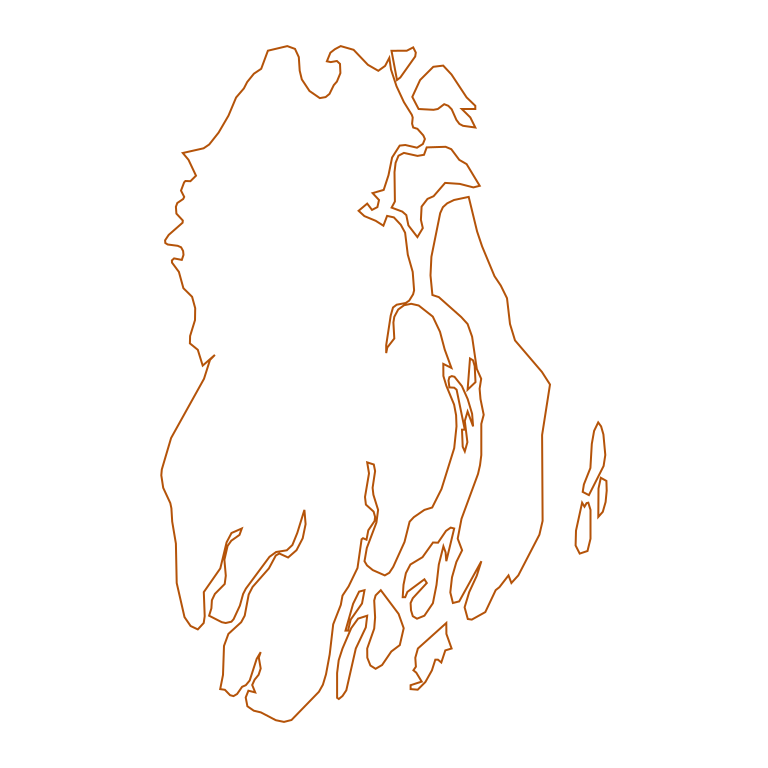 SVG path tracing the border of Barisal
{"feature_id": "BGD-2475", "entity_name": "Barisal", "entity_type": "Division", "adm_level": 1, "iso_a3": "BGD", "parent_name": "Bangladesh", "parent_adm1": "", "projection": "equal_earth", "projection_center": [90.394, 22.436], "detail": "fine", "context": "isolated", "style": "outline", "palette": "amber", "viewbox_px": 768, "rotation_deg": 0, "n_neighbors": 0, "source": "natural_earth", "source_scale": "10m", "svg_char_len": 6094}
<svg xmlns="http://www.w3.org/2000/svg" viewBox="0 0 768 768"><path d="M389.3,57.9L391.0,69.5L396.5,86.2L403.9,102.1L411.8,114.8L412.7,117.5L412.1,123.7L413.2,127.5L417.4,128.8L423.3,135.4L424.9,139.0L422.9,144.0L417.0,147.7L405.3,145.0L399.7,145.6L392.1,157.5L388.5,175.2L383.7,189.9L372.6,193.1L379.0,200.0L377.4,207.1L372.0,209.9L367.2,203.6L358.6,210.8L364.4,216.1L375.7,220.8L383.4,225.7L387.1,215.9L393.9,217.4L400.8,224.8L405.1,232.7L407.8,254.7L412.7,271.9L414.1,290.4L413.1,294.3L409.2,300.6L405.7,303.0L396.7,304.7L393.0,307.5L390.7,315.6L386.2,345.1L386.2,353.1L387.3,347.5L394.3,338.5L393.4,322.5L394.3,316.8L398.2,309.5L404.1,305.2L411.2,303.8L418.7,305.5L432.8,316.6L440.0,331.8L444.7,349.5L451.4,367.9L443.3,363.9L443.4,376.0L446.3,385.7L454.1,404.6L456.1,415.3L456.5,426.4L454.2,448.2L441.5,489.0L432.2,507.5L424.4,509.9L413.8,517.2L409.6,521.7L404.5,542.0L393.2,566.9L389.3,572.8L384.8,575.4L372.8,570.1L367.0,565.4L364.5,561.2L366.8,548.0L376.4,522.6L378.1,509.9L373.4,494.8L372.6,487.8L375.1,471.1L373.8,464.5L367.2,462.4L369.0,473.4L365.0,497.0L365.9,504.6L373.6,511.6L375.1,516.9L374.6,521.0L368.3,530.3L366.5,539.7L363.0,538.2L361.6,539.3L357.5,568.0L348.6,586.4L342.5,595.6L340.8,604.9L333.2,624.3L329.7,654.4L326.0,674.3L322.9,684.7L318.9,691.8L291.5,720.0L284.0,721.9L275.8,720.2L260.9,712.4L253.8,710.7L247.4,706.3L245.7,697.5L248.4,690.7L255.2,692.4L252.2,685.0L254.6,679.7L258.6,674.8L260.7,668.5L258.8,657.6L260.7,652.1L256.7,658.8L249.7,680.5L245.8,685.2L242.1,686.8L237.1,694.0L233.5,696.1L230.1,695.2L224.9,689.8L220.2,689.1L223.0,674.9L224.0,645.9L228.4,633.9L241.2,622.2L244.7,615.7L248.7,594.5L252.6,586.9L268.9,568.4L275.8,555.5L279.3,553.5L288.1,557.5L296.5,550.2L302.7,538.3L305.6,524.1L304.4,509.9L297.3,532.9L292.4,545.0L286.8,550.3L276.1,552.0L269.5,556.8L245.9,588.6L243.1,594.0L239.9,605.6L233.6,619.2L231.4,621.7L225.7,623.0L221.8,622.2L209.1,615.7L211.4,608.3L211.9,600.2L214.9,593.9L224.7,584.0L225.8,575.7L224.4,559.8L227.6,545.9L231.3,540.7L239.5,534.9L241.8,528.5L231.5,533.0L226.6,542.3L220.3,568.4L203.8,592.1L204.7,616.2L203.7,623.0L197.8,629.4L190.6,626.0L184.5,617.1L176.7,583.0L175.9,543.6L172.2,521.6L171.4,508.3L170.3,503.1L163.2,487.8L161.3,475.3L161.8,469.5L171.1,438.0L204.0,378.8L210.0,359.9L214.9,354.9L202.7,365.6L197.8,349.8L189.9,343.4L190.1,336.0L195.0,320.1L195.2,308.2L192.1,296.8L183.4,288.2L178.9,271.9L172.0,262.6L171.9,260.4L174.1,258.4L181.8,259.9L183.5,254.9L183.1,251.0L181.1,247.3L177.7,245.8L167.7,244.5L165.3,243.0L165.1,240.3L168.7,234.9L182.6,222.7L182.8,220.5L176.4,213.6L175.9,206.8L177.3,203.0L183.2,199.0L184.2,196.9L181.0,190.6L184.1,182.4L185.4,181.0L190.4,181.2L196.0,175.7L188.5,159.8L182.8,153.0L203.6,148.3L209.2,144.5L218.6,132.6L228.5,115.6L236.1,97.5L243.9,88.4L247.2,82.0L253.9,73.7L261.2,68.8L267.9,50.7L287.3,46.1L295.0,48.9L298.8,57.1L299.7,70.7L301.8,79.4L309.5,91.0L319.8,98.1L325.6,97.1L329.5,93.9L333.8,85.1L336.9,81.6L340.4,73.1L340.0,63.9L336.9,61.0L330.7,62.1L326.9,61.3L330.4,52.7L334.9,49.2L340.7,46.1L353.6,49.8L367.9,64.8L378.3,70.8L385.1,65.9L389.3,57.9ZM515.0,340.4L541.9,371.9L550.0,384.5L542.1,435.0L542.6,520.9L539.4,534.7L518.3,575.4L511.4,583.0L508.5,575.4L499.4,587.2L495.7,590.1L485.3,612.1L471.8,619.6L467.8,619.0L464.6,607.3L469.2,592.1L476.7,575.9L481.4,561.2L459.2,601.4L452.9,603.0L450.3,592.4L452.0,577.3L456.4,561.9L462.1,550.3L457.7,538.6L461.5,518.8L478.0,474.0L480.0,465.3L481.3,455.1L481.3,423.9L483.7,414.8L480.5,399.1L479.6,388.7L481.2,378.8L476.8,368.9L472.1,336.7L467.6,324.0L461.2,317.0L438.8,297.1L432.4,295.0L430.5,275.4L431.4,256.8L440.2,213.1L442.9,207.2L447.2,203.3L454.0,200.0L468.7,196.9L477.1,231.5L482.1,246.4L494.5,276.2L500.8,285.6L507.0,298.2L510.0,324.0L515.0,340.4ZM466.6,164.1L479.7,185.8L473.4,187.4L459.8,183.9L445.1,182.9L433.6,196.2L427.5,198.9L421.6,206.6L420.9,219.8L422.8,228.1L417.4,237.1L408.4,225.4L406.3,215.1L402.3,211.6L391.6,207.6L394.9,201.5L394.5,172.2L395.6,162.8L398.5,155.7L403.9,152.9L417.5,155.9L424.0,154.8L426.7,147.4L445.6,146.8L451.3,149.2L459.3,159.9L466.6,164.1ZM475.3,109.0L461.8,109.0L470.3,117.4L475.3,127.5L463.0,125.8L459.4,123.9L456.4,119.9L451.7,109.3L448.3,105.8L444.2,104.2L437.8,109.0L433.5,109.8L418.6,109.0L412.3,96.9L420.1,80.0L433.3,66.8L443.2,65.6L451.5,74.5L466.6,97.4L475.3,105.8L475.3,109.0ZM426.8,583.0L424.4,579.3L407.4,591.9L405.2,597.2L402.7,597.2L403.5,584.8L405.9,573.1L410.4,564.5L422.5,557.2L433.0,542.5L438.0,542.7L446.0,530.9L450.7,527.6L454.2,528.5L446.3,561.2L445.6,552.4L443.4,546.3L438.8,564.6L436.5,584.9L432.9,603.2L424.4,615.7L417.0,618.7L412.8,616.2L411.0,610.3L410.6,603.0L412.8,598.2L426.8,583.0ZM380.8,590.2L398.6,613.9L403.7,628.2L399.8,645.1L391.3,651.5L382.1,665.0L375.6,668.8L370.4,665.5L367.3,657.7L367.2,648.5L374.2,628.6L375.1,617.4L374.2,600.5L375.6,595.4L380.8,590.2ZM446.3,623.0L446.4,633.9L451.6,648.5L445.3,650.4L441.3,662.5L438.0,659.7L435.3,659.7L431.9,670.4L425.4,682.0L417.7,689.7L410.6,689.1L410.6,685.2L421.7,681.6L416.3,672.7L413.4,670.3L415.9,666.7L415.3,657.8L417.9,648.5L446.3,623.0ZM342.5,648.5L351.2,628.2L358.1,618.6L367.2,615.7L365.8,627.4L355.8,648.5L346.3,690.3L342.5,696.0L338.8,699.0L337.1,697.8L337.1,673.0L338.7,660.2L342.5,648.5ZM588.9,495.1L582.7,491.9L583.9,484.4L590.4,468.0L591.8,443.9L594.1,430.9L598.2,422.4L601.1,426.4L603.4,434.4L605.3,455.0L603.6,466.0L588.9,495.1ZM584.5,506.7L586.6,503.1L588.3,502.7L590.5,509.9L590.5,538.7L587.5,551.0L579.7,553.6L575.6,545.5L576.0,530.6L582.1,502.7L584.5,506.7ZM456.6,389.7L454.2,387.7L449.4,387.4L448.5,380.5L449.4,377.2L451.8,376.1L454.5,376.8L461.9,386.1L467.7,399.1L472.1,413.8L473.1,426.4L467.6,411.5L464.8,421.0L467.4,442.2L464.8,451.4L462.7,446.7L462.0,429.7L464.8,429.7L456.6,389.7ZM413.2,47.4L415.8,52.6L415.2,56.5L400.3,77.5L397.0,80.0L391.5,50.8L406.8,50.7L413.2,47.4ZM598.3,516.9L598.5,488.5L600.8,477.8L606.4,480.9L606.7,490.6L605.6,502.0L602.8,511.8L598.3,516.9ZM364.5,590.2L362.0,603.5L350.7,619.6L348.0,630.6L345.5,630.6L353.1,603.8L359.1,591.6L364.5,590.2ZM467.6,389.7L470.0,358.5L473.0,360.3L474.7,366.1L475.5,382.1L467.6,389.7Z" fill="none" stroke="#b45309" stroke-width="2"/></svg>